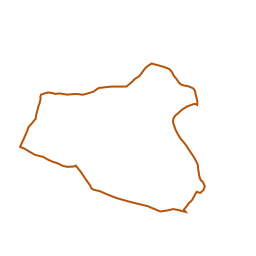 outline of Mizdah, rotated 292°
{"feature_id": "LBY-2976", "entity_name": "Mizdah", "entity_type": "Municipality", "adm_level": 1, "iso_a3": "LBY", "parent_name": "Libya", "parent_adm1": "", "projection": "albers", "projection_center": [13.169, 30.372], "detail": "fine", "context": "isolated", "style": "outline", "palette": "amber", "viewbox_px": 256, "rotation_deg": 292, "n_neighbors": 0, "source": "natural_earth", "source_scale": "10m", "svg_char_len": 1506}
<svg xmlns="http://www.w3.org/2000/svg" viewBox="0 0 256 256"><g transform="rotate(292 128 128)"><path d="M108.9,37.6L114.7,36.8L118.2,36.7L122.4,36.0L123.8,35.1L126.3,34.8L128.3,37.1L130.9,40.4L132.1,44.8L132.3,47.6L134.5,51.9L136.1,59.0L138.7,64.1L140.6,68.5L141.9,73.6L144.3,76.9L148.8,82.4L151.4,84.0L153.6,85.4L154.3,86.2L159.8,96.3L163.6,105.6L165.9,111.1L172.0,114.3L175.9,115.9L180.4,119.1L189.6,121.5L192.8,123.0L193.0,123.2L196.6,125.7L197.5,132.9L198.1,138.9L198.1,144.4L196.1,148.1L193.5,151.0L193.0,152.0L191.7,154.5L189.3,158.0L188.2,160.6L188.4,164.2L189.2,167.6L189.3,171.4L189.1,173.9L187.4,176.3L184.1,178.4L178.9,182.3L175.3,183.5L175.4,180.8L173.2,178.1L169.7,174.4L165.2,171.2L159.8,168.6L157.3,167.2L153.9,166.5L150.3,167.5L145.7,171.4L143.5,173.5L140.9,176.6L137.6,181.0L135.6,185.1L133.5,188.6L131.0,192.1L128.5,195.9L124.7,201.3L120.3,206.3L115.6,208.8L112.0,211.0L109.6,212.5L107.1,214.7L105.7,218.0L102.8,221.0L98.6,221.2L94.9,219.3L94.5,215.6L92.0,215.1L88.6,214.8L85.5,214.5L80.4,212.3L78.5,212.0L73.2,210.4L71.8,212.9L70.6,204.2L69.7,200.2L66.0,194.9L62.7,189.2L62.9,175.8L61.4,165.6L59.9,154.5L58.8,143.9L58.6,134.1L58.9,125.6L57.9,119.4L58.3,116.7L60.5,114.5L63.9,109.1L69.5,100.9L73.5,93.8L72.8,93.5L70.8,89.7L69.1,85.8L68.5,81.5L68.9,75.5L68.5,70.7L68.7,65.0L69.5,60.2L68.9,56.7L68.3,51.6L69.1,45.5L70.0,40.7L70.1,35.0L81.5,35.5L87.5,35.7L91.9,35.4L95.5,36.9L98.9,37.9L101.9,38.9L103.5,38.5L105.5,38.0L108.9,37.6Z" fill="none" stroke="#b45309" stroke-width="2"/></g></svg>